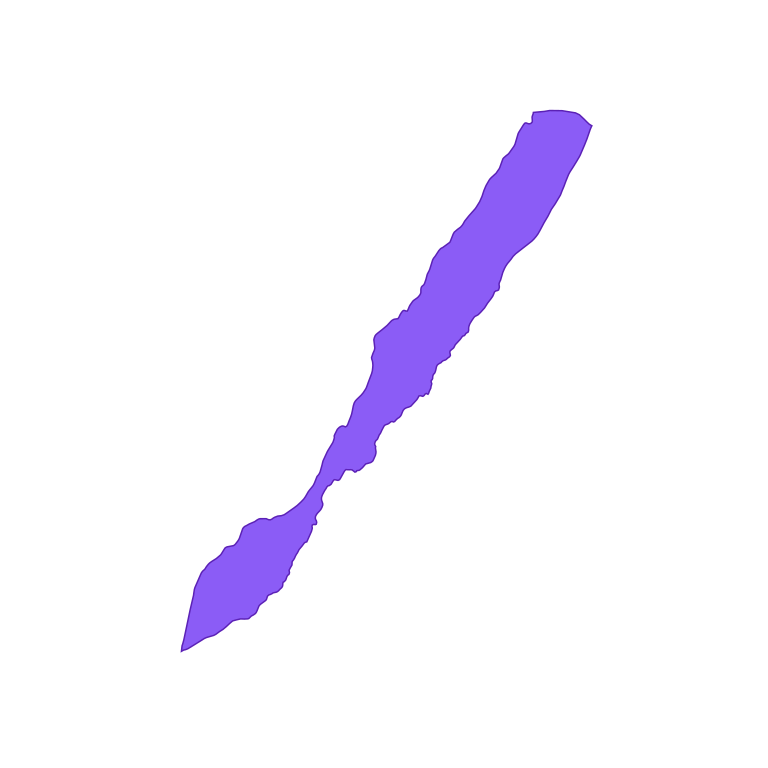 Santa Cruz Muluá, Retalhuleu, Guatemala (Equal Earth projection), rotated 19°
{"feature_id": "79465075B78170683113897", "entity_name": "Santa Cruz Muluá", "entity_type": "district", "adm_level": 2, "iso_a3": "GTM", "parent_name": "Guatemala", "parent_adm1": "Retalhuleu", "projection": "equal_earth", "projection_center": [-91.661, 14.45], "detail": "fine", "context": "isolated", "style": "filled", "palette": "violet", "viewbox_px": 768, "rotation_deg": 19, "n_neighbors": 0, "source": "geoboundaries", "source_scale": "gbopen_adm2", "svg_char_len": 6144}
<svg xmlns="http://www.w3.org/2000/svg" viewBox="0 0 768 768"><g transform="rotate(19 384 384)"><path d="M279.5,702.7L281.2,700.8L282.8,699.8L284.6,698.3L289.4,692.5L297.0,683.1L298.7,681.5L304.9,677.1L306.5,675.4L309.1,671.6L311.6,668.5L314.1,664.3L316.0,660.7L318.0,657.3L321.2,655.1L324.9,652.8L328.5,651.7L331.7,650.4L332.5,649.8L334.1,646.6L335.7,644.9L337.2,642.8L337.6,641.3L337.8,639.4L338.0,635.1L338.2,634.0L339.0,632.4L342.7,627.0L343.0,625.8L342.9,622.5L343.8,620.9L344.7,620.3L346.3,618.8L346.9,617.9L347.6,617.3L349.8,616.0L350.8,615.1L351.6,613.9L352.4,612.0L353.3,610.4L353.7,609.5L353.9,608.3L353.7,606.9L353.3,605.8L353.2,604.2L354.1,603.3L354.9,601.2L354.9,597.5L355.3,596.1L356.1,595.0L356.1,593.2L354.9,591.0L355.3,588.1L355.7,586.2L355.9,585.1L355.4,583.3L355.1,582.4L355.1,581.4L355.7,579.8L356.1,577.9L356.3,575.4L356.7,573.2L357.1,571.9L357.6,568.2L359.3,563.8L360.0,561.6L360.3,560.5L361.0,559.4L362.4,558.4L363.4,546.9L363.2,544.0L362.9,543.1L362.3,542.2L362.1,540.7L363.3,539.6L364.7,539.4L365.6,538.6L365.4,536.7L364.6,535.4L363.5,534.4L362.8,533.4L362.4,531.9L362.4,530.9L362.7,529.3L363.2,527.7L364.3,525.3L365.1,523.3L365.5,520.9L365.5,518.4L365.0,517.0L362.9,514.3L362.3,513.1L361.9,511.8L361.8,510.1L361.9,508.4L362.6,504.1L363.3,501.5L363.4,500.4L364.0,498.8L364.7,498.2L365.4,497.8L366.6,496.1L367.0,494.3L367.3,492.8L367.7,491.3L368.5,490.5L371.9,490.1L373.1,489.0L373.5,487.6L374.8,480.2L375.2,478.5L375.9,477.3L377.2,477.0L379.4,476.3L380.3,475.9L381.8,475.6L385.2,476.8L386.3,475.9L386.5,474.8L387.8,474.1L388.5,473.8L389.2,473.0L390.9,470.1L392.7,465.6L397.0,462.6L397.8,461.6L398.5,460.4L398.7,459.1L399.1,454.3L398.9,452.2L398.5,450.7L396.7,447.2L396.5,445.8L395.2,444.6L394.6,443.5L394.5,441.5L394.8,440.1L395.4,439.1L395.8,438.2L396.1,433.5L396.6,432.2L396.8,430.8L397.0,428.5L397.4,425.9L397.7,423.9L398.1,422.9L398.7,422.1L400.4,420.8L401.3,419.9L402.2,418.5L402.7,417.5L403.9,416.8L405.4,416.8L406.3,416.0L406.9,414.5L407.4,413.4L408.1,412.1L409.1,410.9L409.7,409.8L410.1,408.8L410.4,407.5L410.5,404.9L410.7,402.7L411.5,400.7L413.0,399.1L415.1,397.6L416.6,396.2L420.1,388.2L420.4,387.1L420.7,385.6L420.9,384.0L422.2,383.2L424.0,383.1L424.8,383.0L425.7,381.7L426.1,380.2L427.0,379.2L428.9,379.4L429.2,378.3L429.2,376.1L429.6,372.6L429.3,371.3L429.2,370.2L429.2,369.1L428.9,367.8L428.0,366.9L427.5,365.2L428.1,364.3L428.2,363.0L427.7,361.3L427.5,359.9L427.8,358.4L428.3,357.4L428.5,355.9L428.4,353.8L428.0,350.8L428.1,349.1L428.6,348.0L429.3,347.0L431.0,345.2L431.4,344.1L432.1,343.0L433.0,342.2L434.0,341.5L434.8,340.6L435.9,338.6L437.1,337.0L437.5,335.5L437.0,334.4L436.0,332.8L435.7,331.5L436.6,329.6L437.6,328.1L438.2,326.9L438.6,323.7L441.6,316.8L442.7,313.2L444.0,312.3L444.7,311.0L444.9,309.6L446.7,307.4L446.5,305.4L445.9,303.8L445.6,302.5L445.5,301.0L445.6,298.9L446.4,295.3L447.4,291.7L447.9,290.7L448.4,290.0L449.2,289.3L450.5,287.8L452.0,284.8L454.3,279.4L455.6,273.9L457.4,268.6L458.2,265.8L458.4,263.8L458.5,261.0L459.3,259.7L460.6,258.9L461.7,257.8L461.7,256.1L461.5,254.7L460.2,252.0L460.1,250.7L460.2,249.1L460.4,248.0L460.0,239.9L460.3,235.7L460.7,233.1L461.5,230.0L463.5,224.7L464.5,221.3L466.1,218.0L477.2,200.9L478.6,198.1L479.9,194.7L480.7,192.1L481.4,188.5L482.8,179.6L484.4,171.8L485.4,164.4L487.2,157.9L489.3,147.9L489.5,142.7L489.8,138.6L489.9,133.3L490.3,125.8L490.8,122.8L492.1,117.6L493.7,110.5L494.7,105.6L495.0,103.6L495.8,92.6L496.1,86.1L496.1,76.4L496.3,73.1L496.5,72.2L493.4,71.5L490.1,70.0L486.9,68.4L481.1,65.8L476.8,65.3L463.4,67.6L451.6,71.5L447.0,74.0L436.8,78.6L437.1,80.2L437.0,81.7L437.1,83.4L438.7,87.2L438.8,88.2L438.0,89.8L437.2,90.4L436.4,90.8L435.5,90.9L433.2,90.9L432.1,91.7L431.4,93.9L429.5,102.1L429.3,103.6L429.8,114.5L429.6,116.1L429.4,117.2L427.1,125.0L426.7,126.0L424.9,128.8L423.5,131.3L423.1,132.5L423.0,141.2L422.9,142.7L421.3,148.4L420.6,149.6L418.3,153.8L417.4,155.8L417.0,157.3L416.0,162.4L415.8,164.0L415.5,168.6L415.6,174.7L415.1,180.5L413.7,186.7L413.2,188.5L409.5,197.4L407.6,202.7L407.2,203.9L406.8,206.3L406.3,208.4L405.3,210.8L403.2,213.8L401.0,217.6L400.6,219.8L400.3,227.1L400.1,228.6L395.1,235.8L394.0,236.9L393.4,237.7L392.4,240.1L390.8,246.5L389.9,249.0L389.6,250.9L389.9,260.3L389.8,262.2L389.5,264.0L389.2,266.1L389.3,267.7L389.6,271.4L389.6,275.7L389.3,277.3L388.1,279.3L387.8,280.5L388.0,282.3L389.1,285.6L389.1,287.1L388.8,288.5L387.8,291.0L387.1,292.1L384.6,295.6L384.1,296.9L382.9,301.1L382.7,302.6L382.5,306.0L382.2,307.5L380.9,307.9L380.1,307.8L378.9,307.9L378.1,308.6L377.6,309.7L377.2,310.9L376.7,313.1L376.4,315.9L375.9,317.7L372.8,319.3L372.1,319.8L370.8,321.3L370.2,322.4L367.9,327.6L364.6,333.1L361.5,337.9L360.4,339.8L359.9,341.3L359.8,343.7L360.0,345.5L363.6,353.0L363.9,355.1L363.6,358.6L363.6,363.0L364.3,364.4L365.6,366.1L366.3,367.4L367.4,369.9L368.0,372.2L368.7,375.3L368.9,378.1L368.6,388.0L368.6,390.3L368.5,393.4L368.3,394.7L367.2,399.0L366.1,401.9L363.2,407.6L362.5,409.3L362.2,410.6L362.0,411.7L362.1,414.7L362.8,419.6L363.2,423.1L363.2,426.2L363.0,429.9L362.9,433.8L362.7,435.1L362.4,436.1L361.5,437.1L359.4,437.0L358.1,437.3L357.1,438.1L356.0,439.3L355.1,441.0L354.6,442.2L353.9,447.5L353.8,449.3L354.5,450.8L354.7,452.7L354.7,455.2L354.6,456.3L352.8,464.4L352.4,466.5L351.4,476.4L351.5,478.1L351.8,480.9L352.0,484.3L352.2,487.9L352.0,489.8L351.5,491.6L350.8,493.2L350.7,494.9L350.5,499.9L350.3,501.7L350.1,503.0L349.5,504.8L348.2,508.3L347.5,510.4L346.4,516.1L345.6,518.9L343.9,522.6L341.5,527.1L339.2,530.5L333.8,538.0L332.2,540.1L329.9,541.9L326.5,543.5L323.9,545.7L322.8,547.0L322.1,548.1L320.7,549.5L319.0,549.9L316.4,549.7L310.7,551.7L309.6,552.4L308.3,553.8L306.6,556.2L302.1,560.3L300.1,562.6L298.8,563.9L297.9,565.4L297.5,566.9L297.5,576.9L297.3,578.4L296.9,580.1L295.6,583.9L295.0,585.0L294.2,585.9L288.6,589.1L287.8,589.9L287.1,590.8L286.6,592.8L285.5,597.7L285.1,598.9L282.3,603.6L279.1,607.6L278.2,608.8L277.4,610.0L276.6,611.6L275.8,613.8L275.4,615.1L275.1,616.7L274.7,617.8L273.6,619.7L272.9,621.6L272.7,623.1L271.5,638.1L271.6,640.1L272.4,644.4L272.7,645.7L274.2,660.4L278.0,690.8L278.3,695.2L278.3,697.3L279.5,702.7Z" fill="#8b5cf6" stroke="#5b21b6" stroke-width="1.5"/></g></svg>